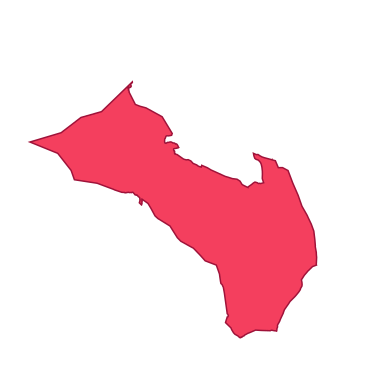 "Nore og Uvdal" nor, Buskerud, Norway, rotated 41°
{"feature_id": "86288312B66114336296766", "entity_name": "\"Nore og Uvdal\" nor", "entity_type": "district", "adm_level": 2, "iso_a3": "NOR", "parent_name": "Norway", "parent_adm1": "Buskerud", "projection": "albers", "projection_center": [8.39, 60.292], "detail": "fine", "context": "isolated", "style": "filled", "palette": "rose", "viewbox_px": 384, "rotation_deg": 41, "n_neighbors": 0, "source": "geoboundaries", "source_scale": "gbopen_adm2", "svg_char_len": 5389}
<svg xmlns="http://www.w3.org/2000/svg" viewBox="0 0 384 384"><g transform="rotate(41 192 192)"><path d="M325.5,156.1L320.8,152.3L320.4,151.7L316.0,147.4L309.6,141.6L303.1,138.0L296.2,135.0L294.3,134.1L284.3,130.6L274.3,124.9L262.1,119.1L250.4,112.8L244.3,114.2L241.2,117.0L234.4,113.7L231.3,115.2L231.1,115.0L231.0,115.3L224.0,118.7L221.8,119.6L219.6,120.1L217.2,120.4L216.0,121.6L213.0,122.5L214.1,123.4L215.3,124.3L217.3,125.4L217.6,125.4L218.5,125.4L218.9,125.3L219.5,125.1L220.4,124.7L220.9,124.5L221.7,124.5L223.2,124.6L224.5,124.9L225.8,125.5L227.4,126.6L228.6,127.5L231.4,130.1L233.4,132.3L235.5,134.9L235.9,135.4L236.1,135.6L236.4,135.9L240.0,138.0L238.2,140.7L238.0,140.8L237.5,140.9L237.4,141.0L236.9,141.7L236.5,142.0L236.3,142.1L235.6,142.1L234.9,142.3L233.4,143.0L233.0,143.2L232.4,144.9L232.0,147.4L231.0,151.3L231.3,151.9L230.8,152.0L229.3,152.5L229.1,152.5L228.8,152.5L228.1,152.8L224.9,153.5L221.1,152.3L217.6,152.8L213.7,155.4L211.6,156.3L209.7,157.1L206.9,158.4L191.8,162.9L189.4,163.3L187.7,163.6L181.8,165.5L182.6,167.1L180.6,168.1L178.8,168.5L178.0,168.4L174.1,169.7L170.8,169.3L167.9,170.1L166.6,171.5L164.1,172.7L156.2,173.5L155.8,173.7L155.3,174.0L154.8,174.2L154.6,174.1L154.5,174.3L154.3,174.4L154.1,174.5L154.0,174.4L153.7,174.4L153.5,174.2L153.3,174.1L153.1,174.0L153.0,173.9L152.9,173.6L152.9,173.4L152.2,172.7L151.8,172.5L151.6,172.5L151.4,172.7L151.3,172.8L150.6,172.4L150.4,172.2L149.9,171.5L149.9,171.3L150.0,171.1L151.6,169.2L151.8,168.7L152.0,168.6L152.5,167.9L152.7,167.4L152.8,167.1L152.5,167.0L152.0,166.9L150.9,166.3L149.5,165.9L149.3,165.9L149.0,165.9L148.4,166.1L148.0,166.6L147.6,166.5L147.1,166.5L146.6,166.6L146.4,166.7L145.9,167.1L145.6,167.3L145.4,167.5L144.9,167.6L144.1,167.7L143.7,167.9L143.3,168.0L143.2,168.2L143.0,168.3L142.9,168.4L142.6,168.6L142.2,169.3L141.8,169.9L141.6,170.0L140.9,170.7L140.9,170.9L140.9,171.0L140.7,171.3L140.7,171.5L140.6,171.9L140.5,172.0L140.3,172.1L140.3,172.3L140.1,172.4L140.0,172.6L139.6,172.7L139.2,172.7L138.3,172.0L137.3,170.8L136.6,169.8L136.6,169.0L135.8,167.1L136.0,166.2L137.6,164.9L139.4,162.6L138.7,160.8L120.1,154.8L102.1,158.7L96.5,161.4L91.8,163.1L79.2,158.0L78.9,157.8L78.8,157.6L78.6,157.4L78.4,157.3L78.2,157.1L77.8,156.9L77.5,156.8L77.3,156.8L77.3,156.7L77.2,156.5L77.1,156.4L76.8,156.3L76.8,156.0L76.7,155.8L76.7,155.7L76.4,155.6L76.3,155.4L76.2,155.4L76.3,155.5L76.1,155.7L75.9,155.6L75.7,155.6L75.8,155.5L75.7,155.3L75.4,155.4L75.2,155.2L75.3,155.1L75.1,155.0L75.1,154.9L75.2,154.7L75.3,154.5L75.3,154.4L75.5,154.2L76.1,154.3L76.3,154.2L76.5,154.0L76.5,153.9L76.8,153.5L76.8,153.2L76.8,152.7L76.7,152.4L76.8,152.3L76.7,152.2L76.4,152.1L76.3,151.8L76.2,151.6L75.4,151.3L75.2,151.0L75.0,150.8L74.9,150.6L74.9,150.4L74.9,150.2L75.0,150.1L75.0,149.9L75.1,149.7L75.1,149.4L75.1,149.2L75.1,148.9L75.0,148.7L74.9,148.5L75.0,148.4L74.8,148.2L74.7,148.1L71.0,190.7L59.3,208.6L54.3,233.2L36.9,260.6L65.3,250.9L86.6,255.0L95.2,259.9L114.7,247.6L131.0,241.5L132.2,241.2L139.2,238.3L141.4,236.6L141.5,236.6L142.0,236.6L142.2,236.4L142.3,236.2L142.6,235.9L143.0,235.5L143.2,235.0L143.4,234.9L143.8,234.4L144.0,234.3L144.3,233.8L145.3,233.4L145.5,233.2L145.8,232.9L146.0,232.6L146.5,232.2L146.8,232.1L146.8,231.9L147.0,231.6L147.4,231.1L147.6,231.0L149.5,231.2L149.9,231.3L150.9,231.2L150.9,231.4L151.3,231.3L151.6,231.1L151.9,231.0L151.9,230.7L152.1,230.6L152.4,230.6L152.6,230.4L152.8,230.5L153.2,230.5L153.4,230.5L153.7,230.5L153.8,230.6L154.0,230.6L154.3,230.7L154.7,230.7L155.0,230.6L156.0,230.6L156.5,230.8L157.0,231.2L157.4,231.7L157.9,231.9L158.0,232.2L158.2,232.3L158.4,232.8L158.5,233.1L158.6,233.3L158.8,233.5L159.0,234.0L159.4,234.4L159.4,234.7L162.4,234.9L162.4,234.7L162.1,234.3L161.9,233.6L161.5,233.2L161.2,233.0L161.1,232.9L161.0,232.7L160.8,232.5L160.9,232.4L160.7,232.1L160.6,231.9L160.2,231.5L159.6,231.1L159.5,230.9L159.4,230.8L159.2,230.6L158.8,230.3L158.8,230.2L166.3,229.5L171.8,231.3L179.8,234.3L183.7,234.4L197.7,232.1L210.9,236.1L216.0,236.5L228.5,233.8L229.2,233.6L230.1,233.5L240.2,234.4L247.1,235.3L258.3,231.2L266.6,235.9L267.0,236.3L272.2,240.8L273.9,242.1L275.4,242.1L277.3,243.0L278.1,243.3L282.7,247.0L296.9,259.4L297.7,260.1L298.3,260.7L298.5,260.8L299.2,260.8L299.3,260.8L299.7,261.0L300.0,261.2L300.2,261.3L300.7,261.6L300.8,261.9L300.7,262.1L300.8,262.5L301.0,263.0L300.7,263.4L300.6,263.5L301.0,264.0L301.6,265.6L302.6,267.8L303.0,268.6L310.5,269.0L312.3,269.9L315.7,271.0L317.8,271.2L319.6,270.8L321.1,270.5L323.3,270.6L323.9,270.4L324.1,270.3L324.1,270.0L324.1,269.9L324.3,269.6L324.3,269.2L324.7,269.2L325.0,268.3L325.0,268.2L325.1,267.4L325.2,267.2L325.3,266.9L325.5,266.7L325.7,266.2L325.6,265.5L326.9,261.9L327.6,260.7L327.8,260.3L330.6,254.5L334.9,251.2L337.0,249.5L342.0,245.4L342.1,245.2L342.3,245.0L342.4,244.6L342.5,244.4L343.0,243.9L344.3,243.2L345.9,242.2L346.2,241.9L346.4,241.8L347.1,241.5L346.9,241.0L346.2,240.0L345.7,239.4L345.3,238.1L345.0,237.6L344.1,236.7L343.8,236.2L343.0,232.2L342.1,229.7L340.3,223.4L340.0,222.9L339.9,222.8L339.9,222.6L339.0,220.3L338.6,216.7L338.2,212.9L338.0,211.5L337.9,210.9L337.8,210.5L338.3,203.0L338.3,202.2L338.3,201.6L338.2,197.7L337.8,194.6L337.3,193.8L336.7,190.9L335.8,189.6L334.3,188.1L332.2,186.5L331.4,181.1L331.4,177.0L331.3,176.3L331.9,169.2L333.9,165.5L333.5,165.3L332.8,164.5L332.3,163.8L328.8,159.4L328.0,158.7L326.4,157.1L325.5,156.1Z" fill="#f43f5e" stroke="#9f1239" stroke-width="1.5"/></g></svg>